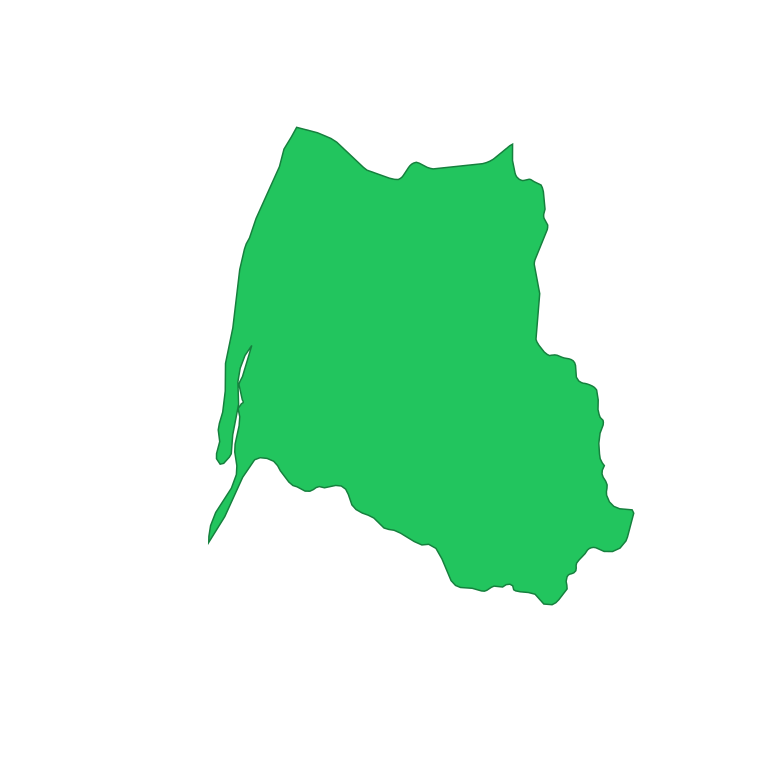 the border of Barima-Waini, rotated 246°
{"feature_id": "GUY-675", "entity_name": "Barima-Waini", "entity_type": "Region", "adm_level": 1, "iso_a3": "GUY", "parent_name": "Guyana", "parent_adm1": "", "projection": "orthographic", "projection_center": [-59.909, 7.754], "detail": "fine", "context": "isolated", "style": "filled", "palette": "green", "viewbox_px": 768, "rotation_deg": 246, "n_neighbors": 0, "source": "natural_earth", "source_scale": "10m", "svg_char_len": 2991}
<svg xmlns="http://www.w3.org/2000/svg" viewBox="0 0 768 768"><g transform="rotate(246 384 384)"><path d="M297.6,306.5L303.5,306.2L308.2,303.5L311.0,298.6L313.4,287.4L316.6,283.2L317.0,279.9L316.3,276.7L316.2,272.7L318.3,268.3L325.4,262.8L328.3,259.5L333.1,257.2L346.9,254.0L352.6,253.6L358.3,251.8L363.6,246.9L367.1,240.8L367.4,235.0L356.3,217.0L327.6,184.6L310.6,159.5L316.1,162.1L325.2,168.0L335.1,178.0L350.9,202.2L361.3,212.3L369.1,216.3L382.6,220.0L389.6,223.5L404.7,234.6L412.7,238.9L420.9,240.7L423.4,244.9L423.9,245.5L424.3,247.8L425.4,248.3L427.1,248.1L442.6,251.3L444.7,253.2L448.3,257.7L473.0,278.9L466.6,268.6L457.0,259.1L445.4,251.4L424.6,242.9L399.2,225.2L382.4,216.1L380.1,213.0L376.7,205.3L377.4,201.7L383.9,200.6L388.5,202.7L398.2,210.5L409.5,213.9L415.0,217.6L423.9,225.2L442.1,236.1L467.3,247.6L496.7,268.7L547.3,298.8L564.0,311.4L568.1,315.2L572.2,320.6L587.2,334.4L625.1,376.9L639.3,388.2L647.4,399.9L654.0,408.6L640.5,425.5L629.9,435.4L624.1,439.2L590.3,453.3L586.3,455.4L569.8,472.7L566.7,476.8L565.0,480.2L565.1,482.3L565.6,484.4L566.6,486.4L571.8,494.5L572.9,496.6L573.6,498.7L573.8,500.9L573.4,503.7L571.4,506.0L564.3,511.6L562.1,514.1L560.5,516.4L545.2,563.6L544.6,567.5L544.5,571.4L544.9,575.3L550.5,595.9L550.8,599.0L535.9,592.3L523.4,589.5L521.2,589.3L519.1,589.5L516.0,590.8L514.5,592.1L513.5,593.3L513.0,594.8L512.0,599.9L511.1,601.2L507.7,603.5L501.9,608.4L498.9,608.5L494.8,607.8L478.2,602.2L474.2,599.0L472.4,598.1L470.4,597.6L462.6,598.2L460.3,597.1L458.7,596.0L435.8,572.2L433.9,570.8L432.1,569.9L403.2,563.0L363.0,541.0L360.2,540.8L356.3,541.3L348.0,543.4L344.7,545.1L342.6,546.8L342.3,548.4L341.1,551.9L339.8,553.9L336.0,557.5L334.4,559.3L331.8,563.2L330.1,565.0L328.1,566.3L325.8,566.8L323.0,566.5L312.0,562.5L307.7,563.1L305.4,564.6L303.8,566.1L302.8,567.8L301.4,569.6L299.6,571.5L297.6,573.3L295.7,574.6L294.0,575.3L292.0,575.8L282.3,573.2L273.6,569.1L268.6,568.1L265.5,567.9L261.7,569.3L259.7,568.8L257.4,567.5L251.1,561.3L242.4,556.1L232.4,552.4L227.8,551.1L223.1,551.3L219.8,552.1L216.5,548.4L213.2,546.6L209.6,546.3L205.1,547.0L201.1,546.8L198.1,545.3L195.2,543.4L191.8,542.1L184.6,542.0L178.7,544.2L174.2,548.5L168.1,559.5L164.4,559.6L145.2,544.2L142.2,541.2L138.1,532.9L138.0,524.6L141.5,517.0L148.2,511.0L149.5,509.0L150.1,506.9L150.2,504.7L149.6,502.4L147.2,498.6L144.0,490.8L142.1,487.2L140.1,485.7L137.6,484.7L135.4,483.3L134.3,480.6L134.4,478.2L134.7,476.5L134.6,474.8L133.4,472.8L129.6,470.1L125.8,469.2L122.3,467.9L115.9,456.1L114.3,452.0L114.0,447.8L118.0,440.5L130.5,436.5L134.8,431.1L138.8,423.9L141.5,420.1L143.3,418.8L147.3,419.5L149.9,417.6L151.0,414.0L150.3,409.8L154.6,402.3L154.6,399.3L153.7,394.0L153.9,391.5L155.3,388.9L161.5,381.5L167.0,371.1L170.9,367.4L177.1,365.3L200.6,365.8L212.7,364.6L219.4,359.6L221.6,353.1L227.7,347.6L241.2,338.3L242.2,337.4L246.3,333.7L249.2,329.2L252.5,325.4L265.7,320.2L270.6,316.2L275.0,311.6L280.7,307.4L286.6,305.5L297.6,306.5Z" fill="#22c55e" stroke="#15803d" stroke-width="1.5"/></g></svg>